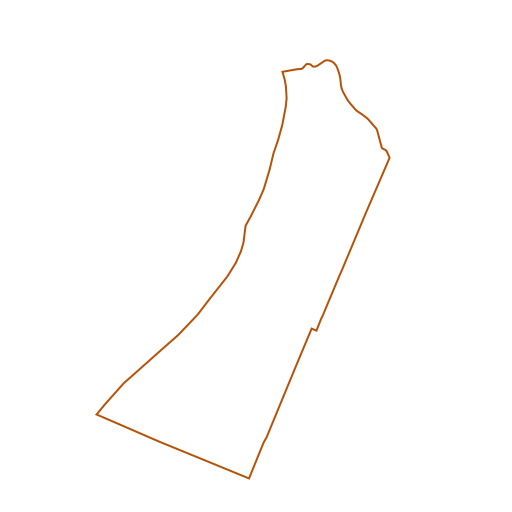 outline of Cameron, Louisiana, United States of America, rotated 113°
{"feature_id": "52423323B69509517878544", "entity_name": "Cameron", "entity_type": "district", "adm_level": 2, "iso_a3": "USA", "parent_name": "United States of America", "parent_adm1": "Louisiana", "projection": "albers", "projection_center": [-93.515, 29.819], "detail": "fine", "context": "isolated", "style": "outline", "palette": "amber", "viewbox_px": 512, "rotation_deg": 113, "n_neighbors": 0, "source": "geoboundaries", "source_scale": "gbopen_adm2", "svg_char_len": 1032}
<svg xmlns="http://www.w3.org/2000/svg" viewBox="0 0 512 512"><g transform="rotate(113 256 256)"><path d="M424.6,176.1L418.9,175.4L342.9,176.2L301.1,176.4L301.1,171.2L288.5,171.5L285.1,171.3L242.8,171.5L233.6,171.4L173.8,171.7L113.6,171.4L113.0,171.8L108.3,176.9L107.8,178.6L107.6,181.8L107.1,182.6L92.6,193.9L91.8,194.9L85.9,207.1L84.1,214.2L83.1,219.5L82.4,221.6L78.7,229.1L76.2,233.3L71.1,239.8L70.9,240.1L68.2,242.7L65.3,244.7L59.6,247.8L56.4,250.0L51.4,254.4L49.4,256.6L47.7,260.0L47.3,262.4L47.4,264.6L48.1,267.3L49.4,269.0L57.0,273.9L58.5,275.5L59.4,277.6L58.4,280.7L59.1,283.8L60.0,284.7L64.7,286.3L66.0,287.2L68.1,291.3L76.1,303.6L82.2,298.7L88.4,294.6L99.0,289.4L106.7,287.0L125.2,283.0L140.5,281.0L154.7,280.0L171.3,277.2L191.4,275.0L202.9,275.1L221.4,276.3L232.3,277.4L248.4,272.8L257.3,271.7L270.2,271.9L286.1,274.4L314.3,282.1L332.4,286.7L344.5,291.2L359.0,296.7L380.5,307.0L410.3,321.1L424.7,328.0L452.2,337.3L464.2,340.8L464.7,272.1L463.5,175.5L424.6,176.1Z" fill="none" stroke="#b45309" stroke-width="2"/></g></svg>